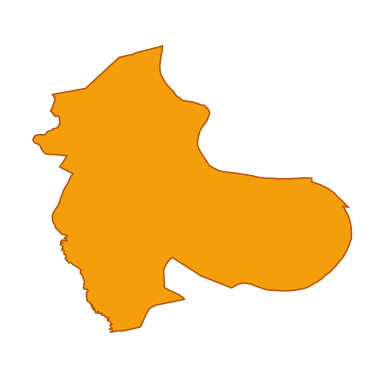 outline of Otatitlán, Veracruz, Mexico, rotated 93°
{"feature_id": "50627088B35781734794767", "entity_name": "Otatitlán", "entity_type": "district", "adm_level": 2, "iso_a3": "MEX", "parent_name": "Mexico", "parent_adm1": "Veracruz", "projection": "robinson", "projection_center": [-96.022, 18.172], "detail": "fine", "context": "isolated", "style": "filled", "palette": "amber", "viewbox_px": 384, "rotation_deg": 93, "n_neighbors": 0, "source": "geoboundaries", "source_scale": "gbopen_adm2", "svg_char_len": 6058}
<svg xmlns="http://www.w3.org/2000/svg" viewBox="0 0 384 384"><g transform="rotate(93 192 192)"><path d="M336.4,266.7L335.2,261.5L334.4,258.0L334.4,254.0L333.1,249.0L329.6,236.8L327.2,235.6L323.9,234.3L320.4,233.1L317.6,231.8L313.8,230.1L311.6,228.8L309.1,226.5L306.8,221.8L299.6,194.1L299.2,194.3L298.3,194.9L297.4,195.9L296.7,197.5L295.4,199.4L292.2,207.2L290.5,211.3L288.8,214.5L285.1,214.9L284.2,215.0L282.4,215.2L280.8,215.2L278.2,215.6L274.8,215.9L271.8,216.3L269.5,215.4L268.0,215.2L265.0,213.7L261.3,211.3L259.4,209.5L258.4,208.1L275.3,178.6L285.7,147.3L285.2,146.8L282.4,142.6L281.3,139.8L280.2,136.3L280.4,131.5L280.9,128.2L282.1,124.8L284.9,115.7L285.7,112.0L285.9,106.6L286.0,96.4L285.6,90.5L284.7,84.1L283.2,77.8L281.6,72.6L279.1,68.3L272.1,58.0L268.7,55.0L264.9,50.3L257.3,43.7L253.2,40.9L249.5,38.1L243.7,34.9L236.2,32.2L230.1,30.4L224.1,30.6L218.0,31.4L213.7,32.6L210.3,33.7L206.4,35.3L206.1,35.6L199.6,39.5L198.4,40.5L199.0,35.2L192.7,41.9L189.8,45.6L189.0,46.7L187.7,47.7L185.1,50.5L184.1,52.2L183.0,53.7L181.1,57.3L178.2,63.8L176.3,69.9L175.7,72.9L172.7,73.0L171.9,73.2L172.0,80.0L172.4,84.1L172.9,88.2L173.4,93.1L174.1,104.0L174.3,107.8L174.0,112.7L174.3,116.3L174.3,122.0L173.4,129.1L172.7,132.2L171.9,139.2L171.5,144.2L170.8,149.6L170.2,161.3L169.4,166.2L168.2,168.8L167.3,171.0L166.0,173.6L164.8,175.8L162.7,177.5L161.1,178.7L158.2,180.6L155.7,182.8L151.8,185.4L149.0,187.1L144.9,189.0L141.4,189.1L136.5,188.6L130.9,187.3L127.8,185.9L123.4,183.0L119.8,180.8L115.7,179.4L112.9,178.6L111.1,178.8L108.1,180.5L104.8,184.1L104.7,186.5L103.9,189.6L102.8,193.1L102.1,196.4L101.2,205.8L96.3,213.1L93.5,215.2L90.2,218.5L86.8,222.1L84.0,224.4L80.2,226.9L76.8,228.9L74.1,229.9L71.9,230.4L66.3,230.8L62.9,230.4L58.3,230.1L53.8,229.4L51.0,229.2L47.6,229.1L48.9,232.6L55.9,255.4L56.8,256.8L58.0,259.3L59.1,264.0L61.2,271.1L61.3,271.7L94.2,303.8L101.9,336.4L102.6,336.0L103.6,334.9L104.5,334.8L104.8,333.7L108.5,334.0L110.3,334.4L112.1,335.1L114.6,335.6L115.8,336.2L116.7,336.1L117.6,337.3L118.5,337.6L120.2,335.3L121.0,335.3L121.7,334.6L122.0,333.3L123.3,333.2L123.5,332.1L122.9,330.9L123.6,330.0L123.2,329.3L124.5,328.2L126.1,328.3L127.7,327.9L129.3,327.3L130.9,327.7L134.7,329.7L136.2,333.1L136.2,334.3L137.7,335.1L138.1,336.7L139.4,339.7L141.9,341.1L142.6,342.5L143.0,349.8L144.7,352.3L148.2,353.6L149.9,352.7L151.4,351.1L151.9,349.2L152.5,347.6L153.0,346.7L154.2,345.8L156.0,345.1L157.5,344.2L159.7,342.4L160.7,341.4L161.8,339.6L161.9,338.3L161.9,336.9L161.9,333.5L161.9,325.4L162.1,321.9L162.2,318.7L170.2,323.1L173.9,325.4L175.1,323.0L176.2,320.2L178.3,315.6L179.7,312.0L180.2,311.8L181.0,312.6L182.0,313.3L183.2,314.0L184.8,314.7L186.2,315.1L189.5,316.4L192.6,318.0L193.9,318.8L195.8,319.6L196.2,319.9L197.2,320.4L198.1,320.7L200.6,321.3L203.1,322.2L206.0,323.1L207.8,323.4L208.9,323.7L210.3,324.3L211.5,324.6L212.8,325.3L215.0,326.6L217.0,327.8L218.7,328.7L220.1,329.4L221.5,329.8L223.1,330.1L225.4,330.1L227.8,329.7L229.0,329.1L230.3,328.7L231.2,328.1L232.3,326.9L232.8,326.7L234.5,326.6L234.8,326.4L235.4,325.9L238.0,322.8L238.6,322.2L239.8,321.1L240.4,320.5L240.7,319.8L241.3,319.2L241.3,318.3L241.2,317.5L241.3,316.9L241.4,316.2L241.8,315.6L242.1,315.0L242.2,314.3L242.5,313.9L243.1,314.2L243.6,315.2L243.9,316.5L244.2,316.8L244.4,316.9L244.7,317.0L245.1,316.9L245.3,316.6L245.4,315.4L245.8,315.0L247.0,314.4L247.5,314.5L247.5,314.8L247.1,316.4L247.1,317.1L246.8,317.7L246.8,317.8L247.1,318.3L247.1,318.5L246.9,318.8L246.8,319.0L247.1,319.4L247.4,319.6L247.6,319.7L248.2,319.6L248.3,320.3L248.6,320.5L248.9,320.5L249.0,320.4L249.1,319.7L249.2,319.2L249.7,318.6L250.0,318.6L250.1,318.9L250.0,319.8L250.2,320.3L250.4,320.7L250.9,320.8L251.2,320.7L252.0,320.0L252.6,319.2L252.7,318.4L253.0,318.1L253.8,318.1L254.6,318.0L254.8,317.8L255.2,317.8L255.4,318.4L255.9,319.2L256.6,319.1L257.3,318.2L257.5,317.2L257.5,316.8L257.6,316.6L258.1,316.6L260.0,316.7L260.6,316.5L260.9,316.2L261.1,315.8L261.2,315.4L261.4,315.0L261.8,314.7L262.4,314.4L263.3,314.1L263.6,314.2L264.2,314.6L264.6,315.1L265.0,315.2L265.3,315.1L267.1,313.3L267.8,312.5L268.8,311.8L269.1,311.5L269.2,311.1L268.8,309.8L269.0,309.3L269.4,308.5L270.5,307.1L271.2,306.0L272.9,302.8L273.5,301.9L275.3,299.3L275.8,298.9L276.4,298.8L277.7,299.4L278.7,299.2L279.5,298.7L281.0,297.2L283.4,296.1L284.9,295.8L285.7,295.4L286.6,294.8L287.0,294.6L287.8,294.6L289.1,294.9L289.5,295.2L290.0,295.2L290.6,295.1L291.4,295.1L293.3,295.4L294.4,294.7L294.8,294.0L294.8,293.5L294.5,292.2L294.9,291.4L295.4,291.0L295.9,290.7L296.4,290.9L296.8,291.1L297.5,291.9L298.0,292.1L299.0,292.2L299.5,292.0L300.0,291.7L300.6,291.7L301.5,292.1L301.8,292.2L302.0,292.1L302.3,291.7L302.7,291.4L303.5,291.1L304.4,291.4L305.2,291.4L306.1,290.9L306.6,290.6L306.9,288.8L307.2,288.6L307.8,288.5L308.2,288.2L308.3,287.8L308.7,287.6L309.0,287.5L309.2,287.3L309.4,287.0L309.8,285.9L310.0,285.7L310.4,285.7L310.7,285.8L311.0,286.5L311.5,286.7L311.8,286.6L312.0,285.0L312.2,284.5L312.4,284.4L312.8,284.5L313.4,285.2L313.8,285.2L314.0,285.0L314.1,284.4L313.7,283.3L313.8,283.2L314.1,283.0L314.3,283.1L314.8,283.6L315.2,283.6L315.4,283.2L315.4,282.6L316.3,282.2L317.6,282.1L317.7,281.9L317.8,281.0L317.7,280.6L317.4,280.3L316.9,280.1L316.6,279.9L316.3,279.5L316.3,279.1L316.7,278.9L317.9,279.0L318.1,278.7L318.4,277.7L318.4,277.2L318.2,276.8L317.8,276.5L317.8,276.1L317.9,275.8L318.2,275.7L319.0,275.8L319.5,275.7L319.7,275.1L319.7,274.6L319.6,274.1L319.5,273.8L319.5,273.4L319.7,273.2L319.9,273.1L320.4,272.8L320.7,272.4L321.5,271.7L321.9,271.1L322.0,270.6L322.1,270.2L321.6,268.9L322.0,268.5L322.5,268.5L323.4,269.0L323.9,269.6L324.2,269.9L324.8,269.6L325.1,269.2L325.4,267.6L325.7,266.9L326.1,266.5L326.6,266.4L327.0,266.1L327.7,265.3L328.0,265.1L328.4,265.2L328.7,265.6L328.6,266.0L328.7,266.7L329.0,266.8L329.5,266.8L329.8,266.6L330.2,266.1L331.7,265.0L332.4,265.0L332.7,265.3L332.7,265.7L332.5,266.8L332.8,267.2L333.1,267.2L333.5,266.8L333.7,266.2L333.8,264.7L334.0,264.4L334.4,264.1L334.9,264.0L335.4,264.2L335.7,264.7L335.8,265.5L336.0,266.0L336.4,266.7Z" fill="#f59e0b" stroke="#b45309" stroke-width="1.5"/></g></svg>